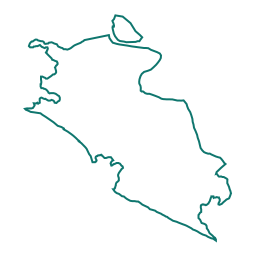 Manfalut, Asyut, Egypt (Albers equal-area conic projection)
{"feature_id": "37247803B38708414170128", "entity_name": "Manfalut", "entity_type": "district", "adm_level": 2, "iso_a3": "EGY", "parent_name": "Egypt", "parent_adm1": "Asyut", "projection": "albers", "projection_center": [30.935, 27.303], "detail": "fine", "context": "isolated", "style": "outline", "palette": "teal", "viewbox_px": 256, "rotation_deg": 0, "n_neighbors": 0, "source": "geoboundaries", "source_scale": "gbopen_adm2", "svg_char_len": 5717}
<svg xmlns="http://www.w3.org/2000/svg" viewBox="0 0 256 256"><path d="M25.0,108.8L25.8,109.7L28.3,110.7L30.7,111.9L33.8,112.3L36.4,112.7L40.5,113.3L42.4,114.8L45.6,116.8L53.6,122.3L57.7,125.8L61.4,127.0L63.9,128.5L63.6,129.3L65.8,130.5L67.7,131.6L71.5,134.3L73.4,135.8L76.0,138.1L77.9,140.0L79.0,140.8L79.4,141.2L79.0,141.5L81.3,143.1L85.4,147.3L86.6,148.8L89.2,154.2L90.7,156.1L92.5,162.2L95.1,162.2L95.8,161.4L96.2,161.4L96.6,160.3L95.5,158.0L95.8,156.8L96.6,156.1L97.4,156.1L98.1,155.3L98.5,155.3L99.6,155.3L100.4,154.9L101.1,155.3L101.5,154.9L101.9,155.3L104.5,158.0L106.0,158.0L108.3,157.2L110.9,157.2L113.2,160.3L112.4,160.7L111.3,161.8L110.9,163.0L110.6,163.3L111.3,165.6L111.7,165.6L112.4,165.3L113.6,164.1L114.3,164.1L116.6,163.0L118.5,163.0L119.2,163.4L120.0,163.7L121.5,165.7L122.6,166.4L123.0,167.9L122.6,168.3L121.5,169.1L121.1,169.8L118.9,172.9L118.1,174.8L118.1,175.9L118.5,177.1L118.8,177.9L118.8,180.5L117.3,182.0L116.6,182.4L116.2,183.2L115.8,184.3L115.8,185.5L115.4,186.2L115.4,186.6L115.1,187.4L115.1,187.8L114.7,188.1L114.7,188.5L113.9,189.3L113.2,189.3L114.8,191.6L116.7,193.1L119.0,193.9L122.0,196.2L123.9,196.5L125.7,198.1L127.3,199.2L130.3,200.8L132.2,201.1L134.4,201.1L136.7,201.5L138.2,201.5L140.5,203.1L142.3,204.6L144.6,205.7L148.0,207.3L149.9,209.2L152.9,210.0L155.2,210.7L156.7,211.9L159.3,213.0L161.2,213.8L162.3,214.6L164.6,215.7L165.7,216.5L167.2,216.9L168.4,218.0L171.0,219.5L172.9,220.7L176.7,221.8L178.5,222.6L183.4,224.5L184.6,224.9L186.5,225.7L191.4,228.3L192.9,229.5L195.1,230.3L197.4,231.4L199.7,232.9L202.7,234.5L206.1,235.6L207.9,236.8L211.3,238.3L213.2,238.7L215.9,240.6L215.9,239.5L215.1,237.9L213.6,236.8L213.2,236.4L212.5,235.6L210.2,233.7L209.5,233.0L208.0,229.9L206.8,228.4L206.8,227.6L206.5,225.7L205.7,224.6L204.2,223.8L201.6,223.0L200.4,220.4L200.0,219.6L198.5,218.1L198.5,215.0L198.9,214.6L199.3,213.9L200.1,212.7L201.2,212.0L201.2,209.3L200.8,207.8L200.8,206.6L200.9,205.4L201.2,205.1L201.6,205.1L202.3,204.4L202.7,204.4L203.5,204.4L203.8,204.7L205.0,204.7L205.3,205.1L206.1,205.1L206.9,204.7L207.6,204.0L208.4,203.6L208.7,202.8L209.9,200.9L209.9,200.6L210.3,199.4L210.6,198.7L210.6,198.3L211.4,196.8L211.4,196.4L212.1,196.4L213.3,196.4L213.3,197.1L213.7,197.9L214.4,197.5L215.8,197.5L216.7,197.1L218.2,197.5L218.9,197.5L218.9,197.9L219.7,199.1L219.7,201.0L218.5,203.3L218.5,204.4L219.7,204.8L220.4,204.4L221.6,204.0L223.5,202.1L225.3,200.6L226.5,199.5L228.4,198.7L229.1,198.3L229.9,196.4L230.3,195.3L230.6,194.5L230.6,194.1L231.0,193.4L230.3,190.7L229.9,189.9L229.3,188.0L229.1,187.1L228.3,185.3L227.8,184.1L227.4,183.6L227.3,183.1L227.3,181.1L227.4,179.4L226.6,178.6L226.0,178.3L224.1,177.2L223.5,177.0L222.4,177.0L221.0,176.4L220.3,176.6L219.7,176.6L219.3,176.6L219.0,176.6L218.4,176.1L217.9,175.4L216.5,173.5L216.1,173.7L216.6,172.1L221.1,167.8L225.5,164.0L224.3,163.0L223.1,161.2L221.4,159.0L220.1,157.7L218.1,157.2L215.9,156.5L211.4,154.5L209.8,153.6L208.2,153.7L205.7,152.9L204.0,152.1L202.3,150.4L200.6,148.0L199.6,143.9L199.0,141.3L197.7,137.7L197.1,134.9L195.5,130.9L194.0,127.7L193.5,124.5L192.7,121.9L192.4,118.9L191.3,115.2L190.2,112.1L188.2,108.9L187.2,106.3L186.6,104.1L185.2,102.3L183.6,100.4L181.6,100.6L177.2,100.5L172.3,99.4L166.2,99.3L163.2,99.1L161.4,98.7L159.0,97.3L154.9,95.7L151.3,94.4L149.5,93.8L147.2,93.8L145.2,93.2L143.9,92.1L142.9,91.4L141.6,91.5L140.7,90.7L140.7,89.9L140.8,87.9L140.5,85.9L139.3,83.6L139.2,81.7L139.5,79.3L140.5,76.2L141.8,73.9L144.1,71.9L147.8,70.8L150.9,69.6L153.4,67.4L156.1,64.8L158.0,62.5L159.8,60.0L160.8,58.0L161.0,55.4L159.8,53.5L157.0,52.1L150.9,49.8L148.3,48.2L145.9,48.0L144.0,48.0L138.6,47.3L131.8,46.4L127.4,45.6L119.2,44.4L116.5,43.8L112.8,42.7L111.2,40.7L109.4,38.0L109.0,35.6L108.9,35.1L84.4,40.1L83.4,41.1L82.1,41.7L80.6,42.8L76.9,44.3L75.0,45.1L73.8,45.8L70.8,48.1L69.3,48.9L67.4,49.6L65.5,49.2L63.6,49.2L62.5,48.1L61.0,47.7L58.4,46.6L58.0,46.2L56.9,44.3L54.2,43.5L52.7,42.7L51.6,42.3L48.9,42.7L48.2,43.5L47.8,43.5L45.2,43.9L44.4,43.5L44.0,42.3L43.3,41.6L42.2,41.2L41.0,41.2L38.0,40.4L36.9,39.6L35.4,39.6L34.2,40.4L33.5,40.8L32.7,41.5L31.6,41.5L30.4,42.7L29.7,43.8L29.3,45.0L29.0,45.7L28.9,46.1L30.1,47.3L33.1,47.3L33.8,46.5L35.0,46.5L36.1,46.1L37.6,46.1L39.1,45.4L39.9,45.0L41.8,46.9L42.1,46.9L42.9,47.3L43.7,47.7L44.8,48.1L45.9,47.3L47.4,47.3L47.8,48.4L47.8,48.8L47.4,50.0L47.0,50.3L46.7,51.9L46.3,51.9L45.9,52.6L48.1,54.9L51.6,58.4L52.3,59.9L53.1,59.9L55.3,61.0L56.8,61.4L57.2,62.1L57.2,62.6L57.6,63.0L57.6,64.1L57.2,64.5L56.8,65.2L56.1,65.6L55.7,66.4L55.0,67.5L55.3,67.9L55.3,68.3L56.1,71.0L56.1,72.5L55.3,73.6L54.2,74.4L53.1,74.4L50.8,76.3L49.7,77.0L47.4,78.6L45.9,78.6L45.1,77.8L44.0,77.4L43.5,77.2L42.5,76.6L41.0,76.6L41.0,79.7L41.3,81.2L41.3,82.7L41.0,84.3L40.6,84.3L40.6,86.6L41.3,88.1L42.9,88.1L44.0,88.8L44.7,88.8L46.2,89.6L47.4,90.8L47.8,91.5L48.5,92.3L48.5,92.7L49.6,93.4L50.8,93.1L51.1,93.1L51.9,93.1L53.4,93.1L54.5,93.4L55.7,93.8L56.8,94.6L57.9,95.4L58.3,95.7L59.1,96.1L59.8,97.7L59.8,99.6L59.4,100.7L57.9,101.5L56.4,103.0L55.7,102.9L54.6,102.7L54.3,101.7L54.2,101.4L53.4,100.6L52.7,100.3L51.5,99.9L50.8,100.3L50.1,100.6L48.3,100.6L46.9,99.8L45.3,98.8L44.8,99.0L44.0,98.8L43.0,98.4L42.7,98.2L41.7,97.7L41.4,97.6L41.0,97.7L40.3,98.1L39.7,98.8L39.7,102.2L39.8,102.7L39.4,102.9L38.1,103.7L37.3,102.7L36.0,103.5L33.8,103.3L34.6,105.4L34.3,105.9L33.0,107.9L32.7,108.0L31.9,108.3L30.9,108.5L30.0,108.3L29.4,108.5L28.0,108.4L27.0,108.4L25.0,108.8ZM139.4,41.2L140.4,39.7L142.2,37.3L139.8,34.9L135.5,31.2L130.5,23.1L122.7,16.6L115.4,15.4L114.0,19.1L112.4,20.9L113.5,23.5L114.0,25.5L113.9,26.7L113.5,26.8L112.7,26.5L112.5,27.5L112.8,29.3L113.8,33.5L115.1,36.3L117.8,39.8L119.8,41.0L124.0,41.6L126.4,42.2L135.6,41.9L137.6,41.2L139.4,41.2Z" fill="none" stroke="#0f766e" stroke-width="2"/></svg>